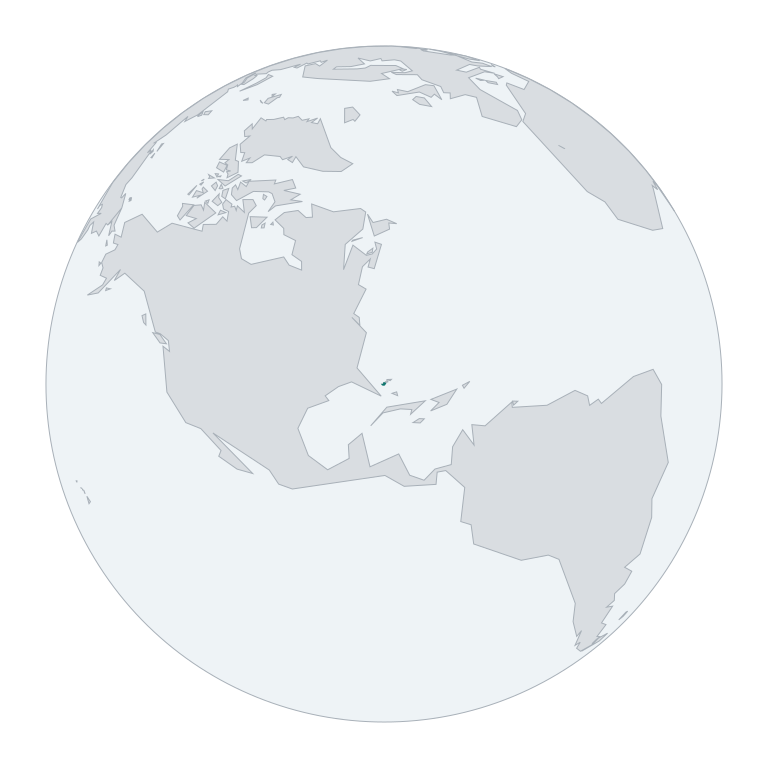 West Grand Bahama on an orthographic globe, rotated 326°
{"feature_id": "BHS-5011", "entity_name": "West Grand Bahama", "entity_type": "District", "adm_level": 1, "iso_a3": "BHS", "parent_name": "The Bahamas", "parent_adm1": "", "projection": "orthographic", "projection_center": [-78.67, 26.651], "detail": "fine", "context": "on_globe", "style": "filled", "palette": "teal", "viewbox_px": 768, "rotation_deg": 326, "n_neighbors": 0, "source": "natural_earth", "source_scale": "10m", "svg_char_len": 9828}
<svg xmlns="http://www.w3.org/2000/svg" viewBox="0 0 768 768"><g transform="rotate(326 384 384)"><circle cx="384" cy="384" r="338" fill="#eef3f6" stroke="#a8b0b8"/><path d="M386.8,490.3L378.8,486.8L371.0,496.3L343.5,480.1L333.6,460.3L249.3,419.8L240.7,408.1L240.8,391.2L214.8,328.9L225.1,384.8L214.6,372.4L206.6,351.5L211.7,348.0L207.2,318.6L198.1,305.2L199.5,269.3L221.9,229.1L224.4,237.1L229.5,227.4L226.6,217.2L223.5,213.0L237.1,173.0L231.1,147.2L218.3,147.4L229.6,141.7L198.0,148.7L187.8,144.4L206.1,144.5L213.1,141.1L209.5,135.2L216.0,130.6L217.9,125.4L226.0,120.8L236.0,122.3L241.4,119.6L238.5,115.8L244.8,109.4L248.2,115.3L259.4,105.1L278.4,108.0L281.0,131.3L298.2,132.2L318.6,155.6L323.4,150.7L334.2,157.8L343.8,155.2L344.9,161.2L351.6,154.1L348.8,149.2L350.8,144.6L356.2,142.9L358.5,149.9L356.2,151.8L359.6,153.1L358.5,157.5L362.1,154.3L364.2,163.7L370.1,152.2L378.5,157.8L377.8,164.7L367.4,166.7L339.9,191.1L335.9,200.4L340.7,210.5L371.9,222.6L371.8,232.4L379.4,243.5L384.2,236.3L380.0,225.3L390.9,215.6L384.5,204.2L387.9,198.9L385.5,187.0L397.2,186.1L409.8,192.1L412.4,202.4L418.0,205.7L424.7,194.3L438.4,213.0L462.7,225.4L465.0,231.2L453.1,243.7L429.9,246.6L414.4,266.6L435.9,251.5L441.3,267.5L447.0,269.6L453.4,268.0L455.8,261.3L460.0,266.8L440.4,282.9L436.2,278.1L442.5,272.7L431.7,274.7L418.4,287.3L422.2,295.3L398.3,308.7L400.7,314.9L396.8,321.9L394.6,310.8L398.1,331.6L370.6,355.6L374.9,392.5L358.3,364.1L344.8,360.7L328.6,360.9L329.0,366.9L307.2,361.4L287.8,372.6L281.3,401.0L289.3,423.6L313.5,426.2L320.5,414.4L338.2,412.6L326.1,444.8L357.1,450.2L354.3,474.0L363.4,486.2L378.7,483.0L394.7,488.4L405.8,474.4L423.7,465.9L424.5,485.0L434.1,466.8L444.4,475.2L479.9,470.4L477.3,475.1L507.3,492.8L538.8,496.1L546.2,507.7L542.5,516.7L553.2,516.4L553.4,521.7L595.0,517.3L615.3,522.3L613.9,539.7L595.6,565.4L575.8,608.0L542.0,628.9L531.3,644.3L501.2,668.1L481.0,670.5L484.7,677.8L471.7,684.4L458.0,686.7L453.9,692.2L443.7,693.5L449.3,696.0L430.7,703.7L433.5,707.6L419.4,712.4L421.7,714.2L417.1,714.5L411.8,715.5L410.6,716.5L397.4,715.4L395.9,710.8L402.3,707.8L396.2,707.5L409.9,698.9L402.6,701.0L407.9,686.7L419.9,672.8L431.0,627.2L424.5,617.7L399.2,606.9L368.9,566.8L377.5,549.4L370.7,541.0L393.1,514.9L386.8,490.3ZM72.5,318.3L74.9,310.9L74.8,317.4L72.5,318.3ZM75.5,305.3L74.8,308.0L75.2,305.5L75.5,305.3ZM75.2,302.7L75.4,304.5L74.9,303.1L75.2,302.7ZM74.5,300.1L75.0,301.2L74.8,301.3L74.5,300.1ZM373.4,404.8L408.8,421.0L389.1,424.0L392.8,420.7L383.7,413.8L367.0,407.4L349.6,411.2L373.4,404.8ZM74.5,293.9L74.6,292.2L75.3,292.5L74.5,293.9ZM388.5,384.4L382.4,383.2L388.3,382.9L388.5,384.4ZM221.0,212.1L225.9,217.6L226.1,229.0L221.3,224.7L221.0,212.1ZM221.6,192.0L225.7,192.7L219.6,202.0L219.1,198.6L221.6,192.0ZM207.6,149.1L210.4,152.1L205.5,150.9L207.6,149.1ZM216.8,125.6L213.9,126.4L216.2,123.5L216.8,125.6ZM379.3,188.4L382.4,187.7L381.2,190.3L379.3,188.4ZM375.4,184.1L371.9,187.5L369.5,186.0L371.7,183.9L375.4,184.1ZM230.5,113.9L234.9,109.5L232.2,114.2L230.5,113.9ZM380.3,180.3L365.7,183.0L361.6,180.4L366.6,170.4L380.3,180.3ZM238.6,107.1L249.2,97.2L243.9,97.7L265.1,91.4L249.0,101.4L246.5,106.8L243.9,105.1L238.6,107.1ZM345.6,148.5L348.8,153.5L341.1,151.0L345.6,148.5ZM340.2,148.1L313.7,148.6L311.6,140.8L320.9,141.9L314.2,133.8L326.3,129.7L332.6,133.2L331.6,138.9L337.0,133.1L340.2,148.1ZM275.1,90.0L279.1,88.2L276.8,90.4L275.1,90.0ZM351.1,142.7L345.9,143.2L343.7,136.4L353.7,134.2L351.2,137.0L351.1,142.7ZM306.6,134.0L306.8,129.0L316.5,124.1L317.9,121.6L326.4,129.0L306.6,134.0ZM354.4,137.7L358.8,133.4L364.7,135.1L356.0,141.8L354.4,137.7ZM339.0,135.7L338.4,132.5L342.0,133.5L339.0,135.7ZM388.2,140.2L382.1,140.3L380.4,136.7L388.2,140.2ZM360.0,131.6L358.0,131.1L356.6,129.8L360.7,127.5L360.0,131.6ZM332.7,125.3L336.7,124.6L329.7,122.0L336.7,118.8L341.1,124.4L342.2,120.6L344.3,119.7L345.5,125.5L332.7,125.3ZM360.7,121.6L368.7,128.5L380.4,128.7L382.2,131.8L363.0,131.0L360.7,121.6ZM351.7,123.3L357.7,122.8L356.9,126.6L352.2,129.2L351.7,123.3ZM340.0,114.7L328.0,118.2L327.5,116.9L340.0,114.7ZM364.3,120.8L362.3,119.2L365.2,120.3L364.3,120.8ZM347.6,115.6L343.5,116.8L343.0,115.3L347.6,115.6ZM361.7,115.2L364.3,117.3L361.3,119.0L361.7,115.2ZM355.4,114.7L355.7,112.3L358.6,118.3L353.6,115.5L355.4,114.7ZM347.8,113.9L346.2,113.4L349.6,113.6L347.8,113.9ZM371.8,107.9L376.2,115.0L369.5,118.6L366.1,111.1L371.8,107.9ZM418.8,717.4L398.3,716.0L410.1,716.7L419.7,714.6L430.0,715.6L418.8,717.4ZM446.7,710.8L457.0,708.4L459.0,708.6L452.4,710.3L446.7,710.8ZM635.2,157.9L644.2,169.5L636.2,162.1L616.5,139.3L609.0,131.9L635.2,157.9ZM599.1,123.4L599.0,123.8L586.9,114.2L598.0,123.7L600.1,124.8L607.1,131.3L605.6,130.8L601.4,127.1L603.0,130.0L622.8,148.2L627.1,151.3L636.9,166.2L645.0,173.1L650.8,181.1L639.4,172.6L633.6,166.9L619.7,164.4L626.6,171.5L640.2,174.8L640.0,177.0L649.4,188.2L642.0,181.4L625.4,177.4L628.3,193.6L647.6,231.9L646.0,242.0L637.7,244.7L615.0,217.1L621.0,198.1L613.1,189.5L598.5,184.6L601.6,179.7L596.4,175.9L597.4,169.1L585.6,153.0L584.6,146.2L567.3,134.4L564.4,129.7L575.5,137.7L582.6,140.2L578.5,125.6L574.0,121.1L563.1,115.0L563.4,112.4L553.3,108.5L544.7,99.2L546.8,107.7L534.0,102.3L522.0,94.5L518.1,94.7L537.7,107.6L545.2,111.6L551.1,112.4L571.9,126.6L576.0,133.1L555.6,125.2L559.3,134.0L541.8,125.3L499.5,93.4L488.3,84.0L496.5,76.2L506.4,80.1L508.4,84.4L518.2,83.9L511.8,82.2L512.0,80.5L499.9,76.1L499.5,74.8L488.6,73.4L486.7,71.3L493.6,72.2L474.0,65.5L466.7,61.3L462.5,60.6L460.0,60.9L452.3,56.3L449.6,56.0L451.0,57.3L446.4,57.8L435.3,57.4L433.3,55.7L437.0,55.7L441.7,53.8L452.0,54.7L450.0,54.1L440.6,53.0L434.9,55.2L428.8,55.5L430.1,53.8L429.1,54.4L425.5,54.1L419.9,52.5L417.8,54.3L380.2,56.7L365.7,55.0L371.1,52.5L342.6,55.7L328.5,55.6L329.9,56.5L317.2,60.0L321.4,59.9L321.1,60.7L290.4,72.1L281.6,74.3L270.0,82.2L270.6,83.0L276.5,81.6L265.1,91.4L243.9,97.7L243.4,95.5L230.4,101.8L231.1,96.4L225.7,95.5L233.9,87.3L228.9,88.1L224.4,90.7L214.2,94.5L208.9,95.2L233.1,83.2L245.0,84.4L241.9,82.4L248.5,79.9L251.0,77.6L248.3,77.0L244.3,78.7L270.3,66.0L272.1,65.2L295.7,57.8L319.9,52.2L344.4,48.4L369.1,46.4L393.9,46.2L418.7,47.9L443.3,51.3L467.5,56.6L491.3,63.6L514.5,72.3L537.0,82.7L558.7,94.7L579.4,108.3L599.1,123.4ZM721.4,403.2L721.5,396.6L721.3,371.9L720.3,366.3L719.5,375.9L717.4,369.4L716.1,373.7L702.0,411.0L692.7,406.8L670.0,378.2L669.0,356.6L660.1,338.1L645.9,244.0L652.6,239.0L652.5,204.6L654.2,203.1L664.8,218.2L673.2,214.1L663.4,197.6L660.6,189.8L674.2,210.9L686.3,232.9L696.7,255.8L705.3,279.4L712.2,303.5L717.3,328.1L720.5,353.1L721.9,378.1L721.4,403.2ZM662.1,283.7L665.2,289.7L665.3,289.7L662.1,283.7ZM481.0,470.0L485.3,473.1L479.7,474.0L481.0,470.0ZM386.5,432.2L393.9,432.4L397.9,435.4L392.2,436.5L386.5,432.2ZM448.3,428.9L456.6,429.8L448.0,432.3L448.3,428.9ZM414.3,423.0L441.5,428.9L424.8,436.0L407.6,432.4L419.3,430.1L414.3,423.0ZM385.4,396.2L390.1,397.6L388.8,401.3L385.4,396.2ZM392.8,384.3L391.0,384.7L388.6,381.7L392.8,384.3ZM442.5,266.5L444.2,265.4L450.7,265.2L447.9,268.2L442.5,266.5ZM478.2,248.8L484.2,258.2L478.0,253.2L475.2,258.7L458.7,255.9L465.3,233.9L465.2,244.0L478.2,248.8ZM438.4,247.2L448.2,250.7L437.2,247.8L438.4,247.2ZM566.8,164.3L571.4,163.6L577.4,169.4L578.6,180.6L569.9,172.1L566.8,164.3ZM576.6,161.7L556.0,152.1L554.4,145.7L558.8,150.7L559.8,147.4L567.1,154.9L585.7,159.0L592.2,164.6L590.9,180.7L587.8,171.9L583.4,172.7L576.6,161.7ZM506.3,147.4L497.4,145.4L505.5,133.5L512.9,136.9L514.6,147.5L506.8,149.9L506.3,147.4ZM391.8,163.1L387.9,164.7L387.2,162.6L390.1,159.4L391.8,163.1ZM385.5,140.5L408.4,154.4L405.0,156.8L422.4,163.3L420.4,172.2L409.2,167.5L420.6,179.8L409.7,179.2L418.4,187.1L393.7,175.7L384.3,176.3L395.5,172.0L397.7,163.6L395.8,160.2L383.4,151.3L364.3,149.5L363.4,141.7L367.8,136.7L372.3,135.9L371.5,141.1L378.0,136.4L380.2,143.3L385.5,140.5ZM420.2,94.6L417.4,98.9L430.9,94.6L433.2,99.9L434.6,99.1L440.5,103.0L450.0,106.7L449.5,109.3L453.5,109.7L457.4,112.6L462.6,114.2L463.6,119.6L470.1,122.2L466.9,123.4L477.7,126.4L470.1,126.7L474.5,131.1L479.6,128.5L472.1,158.3L474.8,172.0L481.3,183.9L467.3,183.9L452.2,173.4L438.7,159.0L438.1,146.3L431.9,149.2L429.7,144.1L435.5,144.0L425.3,141.3L425.1,137.3L413.0,127.2L398.4,126.8L393.6,123.5L399.2,121.7L390.6,119.8L397.9,114.3L394.7,112.0L398.8,104.8L411.5,103.4L406.9,101.0L409.8,96.0L420.2,94.6ZM373.3,105.8L388.1,101.9L396.5,103.1L385.9,115.3L387.8,118.1L381.3,126.9L369.2,125.2L372.1,122.7L372.2,120.0L376.0,121.6L373.0,118.3L377.0,115.0L375.8,111.7L380.9,111.2L373.3,105.8ZM649.8,195.0L649.9,192.9L648.7,188.4L654.6,195.8L649.8,195.0ZM638.8,192.4L638.0,189.2L645.8,196.6L645.6,199.2L638.8,192.4ZM631.0,181.7L637.4,188.5L633.8,186.4L631.0,181.7ZM574.0,134.9L572.4,131.8L574.8,132.7L578.8,136.0L574.0,134.9ZM460.7,86.5L457.8,87.9L455.7,87.0L444.7,87.3L442.1,83.9L447.7,82.4L460.7,86.5ZM652.0,181.4L651.6,179.0L653.6,183.4L652.0,181.4ZM456.1,82.8L451.8,83.2L453.2,81.4L456.1,82.8ZM439.6,81.6L440.1,79.3L440.5,83.6L439.6,81.6ZM428.0,60.5L446.2,63.2L457.5,64.2L461.2,62.8L463.8,66.6L446.3,64.9L428.0,60.5ZM386.3,57.0L383.2,59.2L379.3,58.2L379.5,57.6L386.3,57.0ZM388.1,58.3L394.0,61.2L388.8,62.5L385.2,59.9L388.1,58.3ZM425.7,70.1L431.3,71.0L430.1,72.4L425.7,70.1ZM277.2,87.6L279.0,88.1L275.2,88.9L277.2,87.6ZM323.8,60.7L322.7,62.0L318.3,62.5L323.8,60.7ZM317.4,66.0L323.1,64.5L318.0,66.8L317.4,66.0ZM335.6,61.3L325.7,64.2L333.9,60.6L335.6,61.3Z" fill="#d9dde1" stroke="#a8b0b8" stroke-width="1"/><path d="M385.4,384.3L384.9,384.5L384.7,384.5L384.4,384.7L384.2,384.6L384.1,384.8L383.9,384.9L383.7,384.9L383.4,384.7L383.1,384.6L382.6,384.0L382.3,383.8L382.3,383.7L382.4,383.8L383.1,384.2L383.3,384.4L383.5,384.4L383.6,384.5L383.8,384.5L383.9,384.4L384.0,384.3L384.2,384.2L384.3,384.1L384.4,383.9L384.5,383.8L384.5,383.7L384.4,383.7L384.1,383.6L384.3,383.4L384.4,383.1L384.5,383.1L384.7,383.4L384.7,383.5L384.8,383.5L385.0,383.6L385.2,383.9L385.4,384.3Z" fill="#14b8a6" stroke="#0f766e" stroke-width="1.5"/></g></svg>